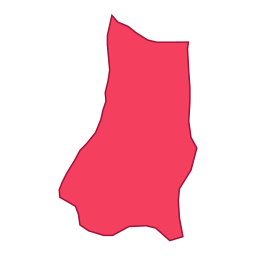 Psyllatos, Cyprus
{"feature_id": "46923920B47767845876682", "entity_name": "Psyllatos", "entity_type": "district", "adm_level": 2, "iso_a3": "CYP", "parent_name": "Cyprus", "parent_adm1": "", "projection": "mercator", "projection_center": [33.687, 35.249], "detail": "fine", "context": "isolated", "style": "filled", "palette": "rose", "viewbox_px": 256, "rotation_deg": 0, "n_neighbors": 0, "source": "geoboundaries", "source_scale": "gbopen_adm2", "svg_char_len": 701}
<svg xmlns="http://www.w3.org/2000/svg" viewBox="0 0 256 256"><path d="M188.4,42.1L173.5,42.2L156.5,42.2L147.5,40.0L135.7,32.5L128.2,26.5L117.8,22.1L111.9,15.4L107.4,35.5L107.4,44.5L108.9,61.6L109.7,69.8L108.2,80.3L105.2,92.9L106.0,101.1L103.0,110.1L100.8,119.8L95.6,132.5L86.6,143.7L80.0,150.4L74.8,160.1L66.6,173.5L62.1,182.5L59.2,189.9L59.9,197.4L66.6,201.1L75.5,206.3L78.5,214.5L80.0,225.0L88.9,230.9L103.7,235.4L112.6,235.4L129.0,226.5L146.1,225.7L155.7,228.0L163.9,235.4L169.8,240.6L182.9,236.6L179.4,217.9L178.3,200.5L179.4,188.8L191.0,170.1L196.8,148.0L191.0,137.5L188.7,121.2L189.9,101.4L189.9,87.4L188.7,71.1L187.5,48.9L188.4,42.1Z" fill="#f43f5e" stroke="#9f1239" stroke-width="1.5"/></svg>